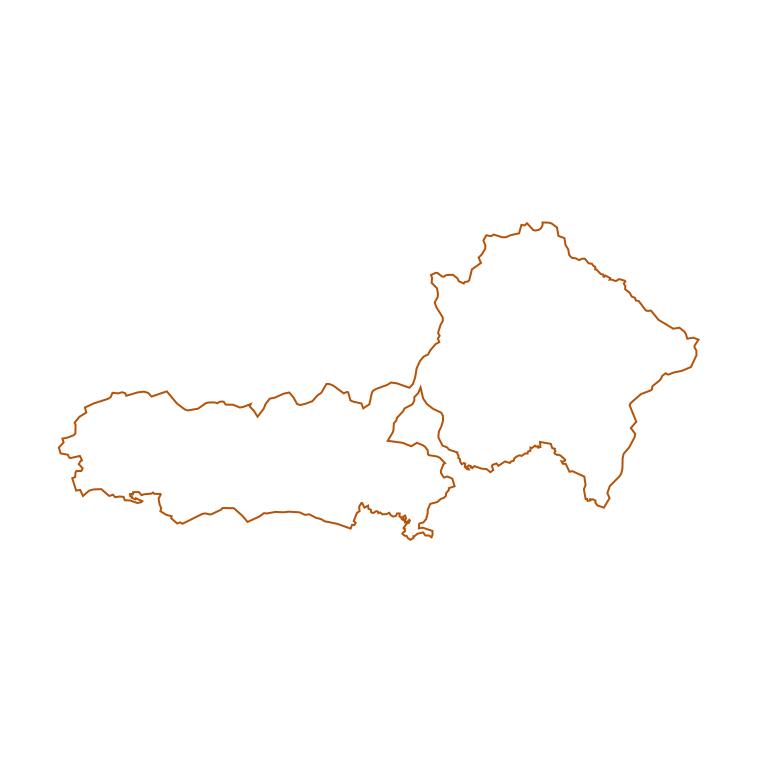 Luong Son, Ha Noi, Vietnam (orthographic projection), rotated 110°
{"feature_id": "81297802B92770026846870", "entity_name": "Luong Son", "entity_type": "district", "adm_level": 2, "iso_a3": "VNM", "parent_name": "Vietnam", "parent_adm1": "Ha Noi", "projection": "orthographic", "projection_center": [105.569, 20.782], "detail": "fine", "context": "isolated", "style": "outline", "palette": "amber", "viewbox_px": 768, "rotation_deg": 110, "n_neighbors": 0, "source": "geoboundaries", "source_scale": "gbopen_adm2", "svg_char_len": 6166}
<svg xmlns="http://www.w3.org/2000/svg" viewBox="0 0 768 768"><g transform="rotate(110 384 384)"><path d="M414.5,160.2L423.1,155.2L422.6,153.8L424.2,152.8L422.8,150.2L421.8,150.8L420.9,147.9L421.4,145.2L423.2,144.8L425.1,142.0L425.0,135.1L414.1,133.0L410.1,136.8L402.7,136.9L389.4,130.8L386.7,130.5L382.1,131.0L372.0,134.4L367.6,134.9L359.6,131.9L348.1,130.3L344.9,130.9L341.0,137.0L333.2,134.0L320.0,145.9L317.6,145.7L305.6,139.1L298.8,131.2L297.4,130.4L294.1,131.0L287.1,126.6L284.6,125.6L281.1,125.3L277.5,122.9L278.1,121.5L277.8,119.9L273.9,115.4L269.9,108.8L263.1,101.4L250.1,100.2L245.8,101.9L243.4,104.7L241.7,105.3L234.8,103.6L234.7,109.2L237.7,114.5L233.8,117.4L232.1,119.5L230.1,125.6L233.1,131.1L229.8,148.1L223.7,158.2L225.1,161.0L225.3,163.2L218.9,173.0L219.4,176.0L217.2,177.6L217.1,181.1L214.2,184.4L212.5,189.8L209.6,190.7L207.6,193.0L205.0,192.3L204.6,193.4L205.0,198.9L208.0,201.3L208.1,206.3L208.8,207.7L207.1,207.7L206.4,213.1L207.9,213.6L208.1,214.4L206.2,215.5L206.5,218.0L203.7,223.7L204.1,224.7L201.6,225.6L201.4,227.5L199.9,229.8L200.6,233.0L197.6,238.1L198.4,240.5L200.9,243.1L200.3,246.7L201.2,250.2L200.7,251.8L199.2,254.3L194.6,256.8L191.3,261.0L185.2,264.3L185.2,270.7L177.7,275.0L175.8,281.5L176.0,284.4L178.0,290.2L180.6,289.3L183.8,289.7L186.3,291.3L188.1,294.5L188.3,296.4L184.0,304.6L186.8,305.9L187.5,309.3L196.2,308.6L201.0,316.1L204.3,319.5L205.6,322.8L206.1,332.2L208.4,333.7L209.3,338.7L215.0,339.7L219.2,336.1L222.2,335.2L228.8,336.4L232.8,338.3L237.1,334.3L246.2,340.6L257.2,339.4L258.8,340.0L260.7,343.1L262.3,343.4L261.8,348.8L259.6,351.2L257.8,356.6L260.4,362.8L262.7,364.4L263.1,366.5L261.4,371.5L261.8,373.4L265.5,377.1L267.8,375.1L272.6,373.9L276.0,366.9L280.9,364.1L283.8,363.3L290.3,364.2L294.3,360.6L301.3,351.6L304.6,350.3L309.1,351.1L317.5,350.7L319.7,348.2L322.9,348.9L325.8,346.4L328.9,349.2L336.4,352.0L341.2,352.7L344.6,356.0L349.8,358.0L358.2,358.7L366.9,357.0L374.1,356.8L378.8,358.8L379.0,372.3L380.2,377.9L383.7,380.6L391.3,389.7L394.5,392.2L397.1,392.3L408.1,390.8L414.0,395.2L410.0,398.5L411.1,406.9L410.9,409.9L404.0,414.9L404.3,416.3L406.6,418.6L402.9,430.9L402.7,435.2L403.6,438.1L413.7,439.9L417.6,442.7L424.6,445.4L429.4,451.0L432.4,455.5L432.5,458.9L427.6,464.4L424.4,470.1L427.4,475.0L434.2,482.0L436.8,486.3L443.0,488.4L448.4,488.6L458.0,491.6L453.9,496.8L450.9,502.6L448.5,502.4L453.7,508.5L455.4,511.4L455.1,518.7L457.5,525.8L455.6,528.4L455.7,529.9L457.0,532.5L459.1,534.0L459.2,536.7L461.5,542.8L463.1,545.0L470.8,550.3L475.9,559.3L476.0,562.6L473.1,572.0L465.2,585.6L475.3,598.1L473.0,602.7L473.3,606.9L476.0,612.4L483.2,622.2L481.2,624.0L481.3,627.2L483.7,630.5L485.1,636.1L489.9,636.4L492.2,638.1L501.7,650.3L508.4,657.0L512.6,654.0L519.0,659.0L526.2,661.5L528.0,659.8L536.1,657.1L538.3,658.1L542.8,663.3L545.3,667.5L548.5,665.1L554.9,667.8L559.8,664.2L558.6,656.8L560.8,654.6L560.7,653.0L555.6,645.2L559.1,641.7L560.3,642.8L563.7,643.4L566.2,638.4L567.6,638.3L569.3,638.8L571.1,643.4L572.9,643.6L577.0,642.3L579.2,644.7L589.4,636.9L587.5,633.3L592.2,628.6L585.1,624.6L582.4,620.9L579.5,613.7L583.2,603.9L580.8,600.9L582.3,597.8L580.2,594.1L579.1,590.1L581.9,587.8L580.3,582.8L580.2,575.2L578.3,571.9L576.8,571.1L576.2,578.1L577.4,578.2L577.2,582.3L575.7,582.4L576.2,583.9L574.3,585.0L573.1,582.2L571.4,582.7L569.4,577.4L571.4,573.7L569.8,571.9L566.6,565.1L565.0,564.0L565.8,562.2L563.8,556.6L564.2,556.0L568.9,556.6L573.9,553.7L576.8,551.0L580.0,550.6L581.4,543.9L580.9,538.3L582.9,538.1L585.8,530.7L583.7,528.2L584.3,525.6L568.2,510.3L566.7,507.6L566.1,502.8L565.2,501.4L557.9,494.2L555.7,493.2L552.1,482.6L556.4,471.7L560.3,465.0L551.0,455.7L546.4,452.6L545.8,450.0L541.3,442.2L539.0,434.7L536.6,430.0L533.5,419.5L534.0,413.6L532.0,409.7L533.0,402.4L532.5,396.5L533.3,392.9L531.4,380.3L531.3,365.9L527.2,365.8L526.6,363.6L524.2,363.1L523.1,365.6L514.2,365.3L511.9,363.4L508.0,365.4L503.7,364.6L503.3,363.9L506.9,360.0L503.8,357.4L506.7,355.8L506.6,353.4L508.9,352.2L509.0,350.0L506.1,347.8L506.1,346.1L507.3,345.1L506.0,343.5L507.0,341.0L505.4,337.1L503.2,335.0L505.0,332.8L505.4,329.9L503.7,327.5L501.2,327.5L500.3,325.0L503.2,324.2L503.2,322.6L504.7,321.4L505.3,319.5L504.7,319.0L502.1,320.7L500.4,319.1L502.6,317.4L506.0,317.6L506.9,316.8L504.8,314.5L503.0,313.8L503.5,313.0L506.0,313.2L506.7,314.6L512.4,316.4L513.1,316.1L512.8,315.0L515.3,313.9L517.4,315.5L518.6,315.4L519.5,312.3L519.0,310.8L520.8,308.6L521.3,305.8L518.4,303.5L517.0,304.3L516.4,303.2L513.4,301.5L510.1,296.5L512.2,293.3L511.0,289.8L511.8,286.9L508.9,286.9L505.5,288.2L505.8,298.5L507.7,301.8L503.8,303.1L502.7,302.7L500.7,299.7L496.4,298.2L490.3,298.8L487.4,299.9L480.9,299.6L476.7,293.6L472.6,291.3L470.5,288.8L468.2,287.6L465.3,288.2L461.2,286.8L459.7,287.5L456.0,282.7L449.6,287.4L449.2,292.7L451.3,295.5L450.8,296.6L448.2,299.9L446.2,300.9L439.1,300.7L437.6,299.5L434.2,306.3L434.0,309.6L435.5,317.5L435.1,318.6L431.3,320.3L429.0,323.9L428.3,326.2L428.0,333.0L433.2,337.1L432.9,346.4L436.1,361.1L426.9,359.3L424.7,359.2L417.5,361.3L414.4,360.0L411.2,360.2L403.4,356.8L399.9,356.3L393.8,350.7L392.3,350.1L388.9,350.0L386.0,351.0L380.8,348.7L374.8,348.4L384.2,342.3L388.1,336.9L390.5,329.6L391.4,320.4L393.7,317.8L398.2,316.0L404.5,315.6L409.8,316.2L414.2,315.1L415.8,314.4L421.9,307.9L422.0,303.0L423.5,300.3L423.2,291.6L424.4,291.3L426.0,289.4L428.2,288.8L428.4,287.1L431.1,285.7L432.8,283.4L430.9,281.8L431.1,280.4L434.3,279.8L434.8,278.5L434.0,277.7L435.6,276.8L435.3,275.3L433.2,277.8L431.4,276.3L431.5,274.5L432.7,274.1L431.9,273.4L432.9,272.3L430.2,270.8L430.2,263.6L428.9,258.3L430.5,253.9L427.4,251.9L424.5,254.4L422.9,254.4L420.2,251.1L421.7,248.5L415.4,243.8L415.2,238.7L413.5,238.3L411.9,235.9L409.2,236.1L406.3,234.1L404.6,232.1L404.5,230.1L401.0,227.6L400.2,225.3L398.2,225.6L396.8,223.6L393.6,224.6L393.7,223.2L390.3,221.0L390.9,219.7L389.8,218.1L391.1,217.4L389.8,215.4L385.1,217.6L383.2,206.8L386.7,204.0L386.4,201.3L387.3,201.3L388.5,199.9L390.0,200.4L390.9,199.9L391.5,197.3L390.8,196.1L390.9,193.5L393.1,187.9L394.0,187.6L395.8,189.3L396.0,190.7L397.8,188.7L396.9,185.9L403.0,179.7L401.5,177.2L402.5,164.1L410.0,160.0L414.5,160.2Z" fill="none" stroke="#b45309" stroke-width="2"/></g></svg>